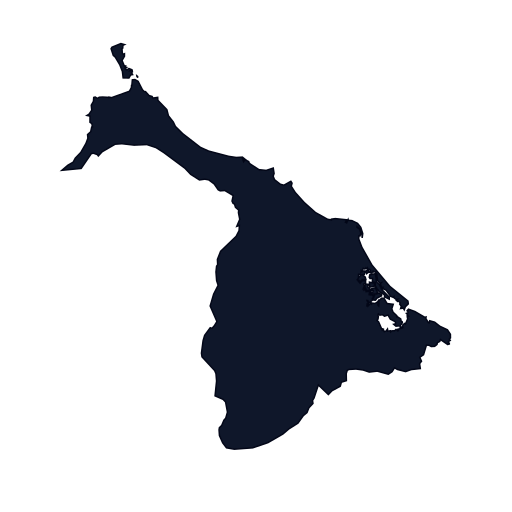 Aklan, Aklan, Philippines (Mercator projection), rotated 7°
{"feature_id": "2640588B21218366338371", "entity_name": "Aklan", "entity_type": "district", "adm_level": 2, "iso_a3": "PHL", "parent_name": "Philippines", "parent_adm1": "Aklan", "projection": "mercator", "projection_center": [122.331, 11.655], "detail": "fine", "context": "isolated", "style": "filled", "palette": "ink", "viewbox_px": 512, "rotation_deg": 7, "n_neighbors": 0, "source": "geoboundaries", "source_scale": "gbopen_adm2", "svg_char_len": 6088}
<svg xmlns="http://www.w3.org/2000/svg" viewBox="0 0 512 512"><g transform="rotate(7 256 256)"><path d="M459.0,313.6L458.5,310.0L455.0,305.9L447.0,303.3L441.4,299.9L436.3,299.1L436.0,301.3L435.2,301.1L432.2,297.4L432.2,295.8L431.1,296.3L420.4,291.7L413.8,290.2L412.3,292.5L413.5,291.5L413.9,293.9L412.3,294.6L413.4,295.5L413.3,297.2L413.7,296.0L415.0,297.1L413.5,297.9L414.2,299.8L412.7,305.1L412.0,304.7L410.3,306.2L410.1,308.3L408.8,308.8L409.8,309.2L408.7,309.4L409.4,309.7L409.5,309.9L405.7,311.4L406.4,312.7L405.8,313.1L403.9,311.8L402.7,313.3L400.1,313.7L398.9,315.0L398.6,313.8L396.0,314.6L395.4,312.5L394.2,314.7L392.6,315.5L391.5,313.7L389.8,314.7L391.0,313.0L389.4,312.7L385.7,306.4L384.0,305.3L384.8,303.6L384.8,300.9L384.0,299.8L384.5,298.5L386.1,299.6L388.7,298.9L390.9,300.1L394.2,298.5L397.0,302.3L402.3,304.3L402.9,306.3L401.0,307.0L403.4,308.6L407.7,307.7L409.4,304.3L409.0,303.3L408.0,303.0L407.3,300.8L403.7,299.0L402.5,299.6L403.4,298.7L402.9,298.0L398.9,295.1L397.2,291.9L398.1,287.2L391.9,287.2L388.2,282.4L385.9,282.5L383.8,284.8L383.9,290.7L382.7,289.7L382.9,287.7L382.0,286.9L380.0,288.6L377.2,288.6L376.7,289.5L376.1,288.4L373.6,291.6L373.6,290.8L372.9,291.1L372.9,292.2L372.0,292.0L372.1,290.0L373.3,289.7L371.6,286.6L372.5,286.6L373.8,288.8L377.0,285.6L376.6,284.2L377.7,280.9L373.0,280.6L373.0,278.8L374.5,276.9L369.5,278.0L368.7,275.6L366.8,277.4L367.8,275.3L367.6,274.2L366.5,275.1L367.0,272.6L366.2,270.7L368.1,269.5L367.8,267.3L364.5,267.6L362.7,270.4L359.3,267.3L360.3,265.3L360.0,261.6L365.8,261.1L366.0,258.0L365.2,257.6L362.1,259.4L362.1,257.4L363.4,257.9L363.9,255.1L365.7,255.7L366.5,254.3L367.9,255.5L368.2,254.3L369.6,256.3L370.2,255.4L371.2,255.8L372.0,258.8L373.1,258.6L374.0,256.8L374.7,257.6L376.3,257.1L378.2,259.4L379.7,265.7L382.4,267.8L383.7,267.2L382.8,268.6L385.2,272.2L386.1,271.7L386.0,273.0L389.2,274.0L394.5,279.6L396.9,280.2L397.7,279.5L397.7,280.4L400.3,282.0L401.8,281.7L400.7,282.9L402.2,283.9L403.2,283.4L404.9,285.1L404.5,286.2L406.3,288.2L406.0,290.2L407.1,289.3L407.1,290.2L408.6,289.8L409.7,291.3L410.4,288.2L413.0,285.0L412.3,282.2L392.6,269.9L372.2,250.9L360.0,234.4L355.9,226.6L355.6,223.6L356.8,223.4L357.2,220.4L355.6,216.8L352.7,215.2L352.7,214.4L357.6,217.5L359.2,225.1L359.2,220.7L356.5,214.8L352.8,211.2L346.9,209.2L343.3,209.3L343.0,208.6L342.0,212.1L340.6,211.6L341.5,209.0L330.2,209.2L326.4,210.2L326.5,211.0L322.5,210.8L309.7,205.6L297.3,197.0L287.2,188.2L282.5,182.5L282.9,179.3L281.5,177.6L275.1,182.3L271.4,181.8L265.1,178.0L263.3,174.7L263.9,171.9L262.4,166.6L255.7,169.8L249.2,169.9L250.0,170.7L238.9,165.3L236.9,163.5L237.7,162.6L237.0,163.3L234.0,161.7L233.5,162.3L233.5,161.4L231.9,160.4L232.9,162.9L232.2,164.0L230.0,159.6L224.4,160.6L216.7,160.4L196.1,157.6L187.5,154.9L168.5,143.6L160.2,137.2L157.6,133.1L152.0,127.5L149.7,121.6L139.6,113.4L139.1,110.5L134.5,111.8L133.4,110.3L130.3,109.8L126.3,106.3L124.9,106.4L123.0,104.8L117.7,97.0L114.3,95.6L111.8,96.2L112.0,101.7L111.1,102.1L111.7,102.1L111.8,104.0L110.3,107.9L93.4,116.4L90.7,116.2L90.7,117.4L90.5,116.5L84.5,116.9L81.1,117.5L79.4,118.9L77.0,117.8L75.6,118.4L75.8,122.3L74.1,126.4L75.2,131.3L73.0,135.6L71.1,137.1L74.2,137.4L74.9,143.5L76.9,144.6L78.0,147.8L77.2,148.0L76.8,152.8L74.0,156.0L74.8,159.6L73.5,165.0L69.5,174.5L64.7,180.9L63.1,185.1L58.2,188.8L52.9,194.6L71.8,190.4L80.1,174.4L82.2,173.8L86.2,174.7L87.3,175.9L90.6,171.3L102.6,162.2L109.2,160.9L121.5,160.8L134.1,158.7L143.6,160.6L151.9,164.6L174.8,177.6L181.2,182.9L190.6,187.4L195.8,186.0L199.8,186.2L205.7,189.6L210.4,194.9L212.5,195.7L217.1,194.8L226.0,198.8L225.5,204.4L226.8,206.5L228.4,207.2L229.7,210.2L233.2,212.5L233.3,215.2L235.4,221.6L233.3,228.9L235.8,227.7L236.1,232.9L233.9,238.9L220.3,255.6L218.1,264.1L219.0,269.3L218.1,270.9L218.2,276.7L219.9,285.2L222.0,289.7L218.6,299.0L216.6,311.2L225.2,325.8L223.2,330.2L221.2,333.1L219.3,332.8L214.7,341.0L213.8,346.4L213.7,359.1L214.7,362.7L228.9,374.7L230.6,377.6L232.1,384.9L232.4,399.8L240.8,402.3L243.6,404.6L246.7,414.5L245.7,420.7L244.2,422.8L242.6,428.4L240.6,430.8L240.5,433.0L241.6,438.7L245.7,445.5L250.1,450.0L258.0,450.4L276.1,446.8L290.6,439.8L304.4,429.4L309.5,423.8L318.0,416.8L322.4,408.7L325.7,405.2L327.0,400.2L330.5,395.4L329.7,392.5L330.9,389.9L333.6,376.4L344.7,384.7L347.8,380.5L355.5,375.0L356.1,370.9L360.9,368.7L359.9,361.7L360.5,358.4L362.0,357.3L369.0,356.0L376.2,356.1L382.5,357.4L390.4,355.5L401.7,357.2L405.1,354.3L407.1,350.1L410.2,351.4L418.6,352.5L423.9,349.8L432.8,347.7L431.5,342.9L433.1,340.3L430.9,336.6L434.3,333.6L436.0,323.7L438.6,323.5L441.0,324.5L444.3,323.9L446.4,321.8L446.6,319.9L448.8,318.4L449.2,316.4L457.0,320.5L458.6,319.8L458.5,319.0L457.5,319.3L457.4,317.5L459.1,316.1L458.0,314.9L459.0,313.6ZM89.9,74.3L92.0,75.7L97.5,82.8L100.9,89.1L102.4,95.4L108.2,94.8L109.5,91.6L111.4,91.0L110.1,89.2L110.9,88.3L110.5,86.9L108.5,87.4L109.6,86.1L107.0,85.4L105.3,87.0L103.6,86.6L103.1,85.5L103.8,85.5L104.5,84.7L103.0,84.7L103.5,83.3L102.0,83.2L99.2,78.2L101.1,73.8L100.8,71.3L99.7,72.0L98.5,70.6L97.7,66.4L98.4,65.9L98.2,63.1L99.7,62.2L96.0,61.6L87.6,66.3L86.9,67.9L89.9,74.3ZM376.6,259.0L371.2,260.8L371.0,263.4L372.0,264.5L374.4,264.0L374.6,267.2L377.6,267.8L378.0,271.1L382.7,276.5L386.3,277.6L388.3,279.1L388.6,280.9L393.5,282.6L393.3,280.6L385.1,274.1L381.9,269.4L378.6,267.0L376.6,259.0ZM382.0,278.0L379.8,279.3L377.8,279.4L378.5,281.0L377.3,284.5L378.1,285.4L380.0,285.3L381.2,283.1L385.4,280.3L385.4,278.9L382.0,278.0ZM378.1,273.0L373.2,275.1L373.2,276.0L375.1,275.3L376.6,276.0L376.4,277.5L374.0,279.4L374.4,280.4L377.7,279.1L379.1,279.2L381.3,277.5L378.1,273.0ZM363.5,261.7L361.1,263.7L359.7,266.8L363.1,268.7L364.1,266.5L367.9,265.9L367.0,263.6L363.5,261.7ZM371.0,270.4L368.7,270.5L367.4,272.4L370.1,276.8L372.9,276.1L373.1,275.0L370.7,273.2L371.0,270.4ZM376.9,268.7L371.8,268.1L372.7,273.1L377.1,271.6L376.9,268.7ZM369.1,256.4L366.7,257.5L367.9,260.1L369.5,258.5L370.8,258.5L369.1,256.4ZM115.8,91.7L116.0,92.4L117.0,93.3L116.6,92.2L115.8,91.7ZM382.7,285.9L382.3,286.9L382.8,287.3L382.9,286.8L382.7,285.9Z" fill="#0f172a" stroke="#020617" stroke-width="1.5"/></g></svg>